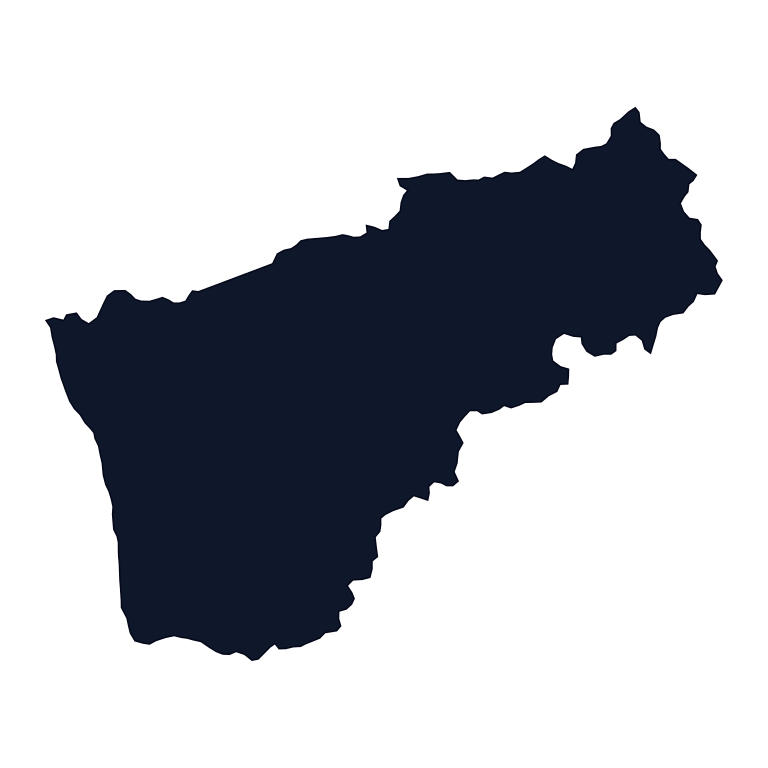 Itabirito, Minas Gerais, Brazil (orthographic projection)
{"feature_id": "56859067B46575317431952", "entity_name": "Itabirito", "entity_type": "district", "adm_level": 2, "iso_a3": "BRA", "parent_name": "Brazil", "parent_adm1": "Minas Gerais", "projection": "orthographic", "projection_center": [-43.791, -20.255], "detail": "fine", "context": "isolated", "style": "filled", "palette": "ink", "viewbox_px": 768, "rotation_deg": 0, "n_neighbors": 0, "source": "geoboundaries", "source_scale": "gbopen_adm2", "svg_char_len": 3515}
<svg xmlns="http://www.w3.org/2000/svg" viewBox="0 0 768 768"><path d="M65.6,390.2L69.7,400.9L74.4,408.5L80.3,414.7L85.1,422.6L90.4,428.3L94.0,432.7L95.1,438.5L98.7,446.1L100.4,454.9L102.3,463.1L103.4,475.1L105.8,484.5L109.1,491.4L111.4,499.0L113.1,506.7L112.6,514.3L113.2,522.1L113.8,529.4L117.2,536.3L118.5,542.5L118.5,549.4L118.7,556.1L119.4,563.8L119.7,572.6L120.0,580.5L120.6,588.1L121.4,600.4L121.5,607.5L124.4,613.1L127.1,618.2L128.6,625.5L130.4,633.0L135.0,640.8L143.4,643.1L149.5,644.0L155.9,640.5L165.6,637.3L174.2,635.5L181.3,637.3L187.4,638.1L193.4,639.8L201.1,641.5L209.2,647.1L216.3,651.5L222.8,654.0L229.5,654.3L236.1,651.4L244.6,654.3L252.0,660.2L258.1,659.0L264.1,653.0L269.9,647.1L275.0,643.5L279.1,648.7L285.7,648.5L293.2,646.7L300.5,646.3L305.8,643.6L312.9,640.8L319.7,638.0L325.0,632.6L331.2,631.6L336.7,630.7L340.6,626.0L338.5,618.8L338.7,611.2L346.2,609.0L351.5,604.2L354.1,598.6L351.7,592.7L347.1,585.7L352.8,579.9L362.4,579.3L369.9,577.3L372.0,568.7L372.0,561.0L377.4,556.6L376.1,546.8L375.0,537.0L379.7,531.4L380.6,525.4L380.6,518.2L385.1,514.4L393.0,510.4L403.2,506.9L408.0,500.3L413.7,495.5L421.2,497.9L427.7,500.1L429.1,493.1L428.6,486.5L434.0,481.5L441.3,482.8L446.6,485.6L452.8,485.6L458.1,481.1L453.9,471.8L456.9,463.2L458.1,451.4L462.8,442.9L459.2,436.2L455.7,430.1L459.6,421.9L464.3,416.3L469.8,410.5L477.5,410.5L482.2,413.7L491.4,412.3L499.3,408.9L504.0,405.3L511.1,407.7L519.0,405.1L525.0,402.3L533.2,402.1L541.2,401.8L548.6,395.5L556.8,391.3L560.0,384.2L567.7,383.9L568.3,376.6L568.5,369.2L560.3,366.8L552.6,361.0L551.4,354.4L552.0,347.4L555.4,338.7L563.9,333.1L573.3,336.1L581.5,336.8L582.2,343.7L586.9,351.2L594.8,356.0L603.6,354.0L611.0,354.0L615.7,350.6L615.8,343.0L623.1,339.2L629.0,335.2L635.7,334.8L642.3,340.2L644.9,349.0L650.5,353.1L653.2,344.0L655.6,336.2L657.3,327.6L660.0,321.5L665.0,317.1L673.0,314.2L683.0,312.7L688.0,306.1L693.3,301.4L696.9,293.3L705.0,294.4L714.6,293.8L718.0,287.5L721.9,280.3L717.2,273.7L714.8,266.5L717.2,260.9L712.8,254.9L709.2,250.2L704.3,245.2L700.1,239.2L700.1,232.2L701.0,225.0L697.5,219.7L689.2,218.4L683.4,211.8L680.1,203.3L684.2,196.2L687.8,191.8L688.7,183.9L693.1,180.4L696.4,175.1L688.1,168.6L681.9,164.2L675.4,159.6L668.4,159.6L663.7,154.3L660.1,149.3L660.1,143.0L659.0,135.3L653.6,130.1L646.2,127.3L640.0,122.3L638.9,112.5L635.3,107.8L628.9,111.9L620.4,119.7L614.1,123.5L611.4,128.5L611.5,136.1L606.8,143.9L601.4,146.7L595.9,147.3L590.3,148.3L583.5,149.6L576.7,154.9L575.8,163.3L572.6,169.9L566.0,166.5L558.1,163.7L551.7,160.5L544.8,156.2L538.9,159.9L533.6,163.9L526.8,168.3L520.1,172.5L511.4,173.3L504.7,172.5L499.6,174.9L492.6,178.4L484.3,177.3L478.8,180.3L473.2,180.1L465.5,180.9L457.2,180.3L449.6,172.7L439.9,173.9L432.7,174.3L427.2,174.3L418.3,176.9L408.6,178.7L397.9,178.7L400.3,185.7L408.0,190.3L403.8,195.4L401.3,202.6L400.3,211.1L395.3,216.4L390.0,221.4L389.1,229.6L382.0,230.8L374.2,227.4L366.5,225.5L367.3,233.0L360.3,237.2L353.5,237.5L347.9,235.9L342.6,234.9L335.8,236.6L326.9,237.8L316.0,238.7L307.4,239.4L301.0,240.9L296.5,245.3L291.2,248.8L284.2,250.3L277.4,253.9L272.7,263.8L198.4,291.8L192.5,291.0L189.0,295.9L185.8,301.3L179.5,303.2L173.4,303.2L168.4,300.1L162.5,297.6L157.2,299.3L149.5,301.5L141.0,301.3L135.1,299.4L130.6,294.7L125.1,290.7L114.4,290.9L107.4,296.1L103.0,305.1L97.3,317.7L88.8,324.0L81.1,319.6L76.4,313.2L66.6,315.0L63.8,320.5L53.7,318.0L46.1,320.5L50.8,327.5L52.3,336.9L54.7,346.1L56.5,354.5L56.7,361.4L58.8,368.7L61.4,378.4L65.6,390.2Z" fill="#0f172a" stroke="#020617" stroke-width="1.5"/></svg>